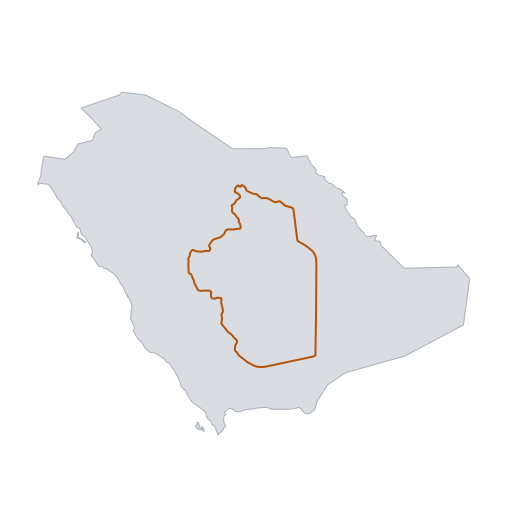 Ar Riyad highlighted on a map of Saudi Arabia, rotated 355°
{"feature_id": "SAU-1097", "entity_name": "Ar Riyad", "entity_type": "Region", "adm_level": 1, "iso_a3": "SAU", "parent_name": "Saudi Arabia", "parent_adm1": "", "projection": "albers", "projection_center": [44.266, 23.395], "detail": "fine", "context": "in_parent", "style": "outline", "palette": "amber", "viewbox_px": 512, "rotation_deg": 355, "n_neighbors": 0, "source": "natural_earth", "source_scale": "10m", "svg_char_len": 7364}
<svg xmlns="http://www.w3.org/2000/svg" viewBox="0 0 512 512"><g transform="rotate(355 256 256)"><path d="M395.4,368.7L337.4,379.6L334.2,380.5L316.2,390.5L304.1,406.4L301.3,413.9L299.8,415.1L297.3,416.6L295.0,417.7L291.5,417.6L287.2,412.0L286.1,410.8L285.1,410.7L277.2,411.7L260.8,410.3L258.0,410.0L254.4,408.1L253.5,407.7L252.5,407.6L244.0,407.6L239.8,408.2L235.7,408.0L231.5,408.3L230.0,409.0L228.3,409.0L227.3,409.6L226.4,409.9L225.3,409.4L224.0,409.5L222.1,409.0L220.8,407.8L219.6,406.7L218.4,406.1L217.0,405.7L215.8,405.7L214.3,406.3L213.4,407.0L211.0,409.1L210.9,409.9L212.0,411.1L211.6,411.7L210.2,412.5L209.8,414.5L209.6,415.6L209.4,418.3L210.0,420.4L210.8,421.2L210.8,422.1L210.3,423.8L209.1,424.4L208.1,426.1L207.5,426.9L206.5,427.8L202.5,430.8L202.3,429.0L201.1,426.4L201.0,424.6L200.4,422.7L199.3,421.3L197.3,419.8L197.2,417.8L195.7,415.8L193.8,414.1L192.8,411.2L192.0,407.2L186.9,402.0L180.6,397.1L178.7,394.4L175.7,388.8L174.2,384.5L170.0,379.4L169.9,377.5L169.3,375.1L168.4,372.5L167.8,370.4L163.8,361.3L162.4,359.8L161.3,357.8L161.0,356.2L160.7,355.4L157.7,353.8L155.1,350.0L146.9,343.7L142.8,343.0L139.7,340.7L137.4,337.8L135.0,332.9L130.7,327.5L127.2,319.9L128.5,317.3L128.5,315.4L127.4,312.1L126.3,309.6L125.5,307.2L126.3,303.9L126.7,300.1L127.5,298.1L128.1,296.0L127.6,291.5L126.4,289.1L126.6,287.5L125.2,286.7L124.2,285.0L125.4,285.0L123.3,282.6L122.6,281.2L121.9,278.0L120.9,275.5L117.8,269.7L116.4,266.3L113.0,261.7L109.3,258.3L106.9,256.7L105.8,255.3L103.8,255.2L101.8,253.2L100.3,253.0L98.4,252.6L96.3,248.8L94.6,245.3L91.6,240.6L92.5,239.4L93.5,237.6L93.2,235.0L92.7,233.3L91.5,230.1L87.3,222.2L86.2,221.0L84.3,219.6L83.3,216.1L82.9,213.1L79.9,211.5L75.1,200.4L72.3,196.4L71.2,193.8L67.9,189.4L66.4,185.2L63.0,181.1L60.4,174.3L56.0,167.3L54.1,166.1L49.2,165.3L47.2,164.6L45.2,166.0L45.1,164.1L46.6,161.7L48.9,156.4L49.5,151.8L53.4,138.0L73.8,142.9L74.8,142.7L83.1,136.6L87.9,129.5L88.9,128.8L102.8,126.6L103.2,126.3L106.3,119.8L106.6,119.4L107.0,119.0L113.1,116.0L104.0,104.4L94.6,93.3L133.2,83.9L133.8,83.7L136.7,81.2L153.4,84.6L159.8,86.0L161.9,87.1L191.9,105.5L206.8,118.6L242.1,147.2L242.6,147.3L274.4,149.9L277.8,149.2L286.6,150.1L295.4,151.2L297.2,154.5L297.8,156.8L298.5,159.1L300.2,161.1L307.6,160.9L315.3,160.5L316.4,162.6L317.0,164.6L319.1,169.5L322.1,173.2L322.9,174.6L323.4,176.7L322.9,177.5L322.7,178.4L325.0,180.4L328.6,182.1L330.0,182.5L331.6,183.2L330.4,184.5L332.6,187.2L335.1,190.0L337.7,190.5L341.4,194.7L346.9,197.3L350.2,200.9L349.9,201.0L349.0,200.6L347.8,200.2L347.4,200.7L347.5,202.2L347.9,204.0L349.7,205.5L351.2,206.6L351.8,208.7L350.9,213.3L350.5,213.3L349.7,213.0L348.8,212.9L348.4,213.2L349.5,216.5L350.6,219.0L351.9,220.9L353.0,223.8L353.9,225.0L357.5,228.0L358.6,230.6L359.8,235.4L362.1,238.0L363.4,240.1L365.1,241.8L366.2,244.2L367.7,246.0L368.5,246.4L369.7,246.5L371.1,246.5L372.8,245.9L374.6,245.4L376.0,246.3L377.5,246.0L377.7,246.9L376.7,248.2L375.7,251.2L377.4,251.6L379.1,251.8L380.3,252.2L380.9,252.2L381.0,252.8L381.2,255.7L381.7,256.7L402.5,281.1L454.8,284.5L455.2,284.4L456.4,282.5L466.9,297.3L456.6,342.7L395.4,368.7ZM185.3,423.0L186.9,423.1L186.2,422.4L186.1,422.1L186.8,421.1L189.1,423.2L189.0,425.7L188.8,426.2L188.2,425.7L187.8,425.2L187.7,424.6L187.0,424.0L184.7,424.3L183.3,423.6L181.3,421.5L180.8,420.0L181.6,419.7L182.6,419.0L183.1,417.8L182.6,416.6L183.8,416.8L184.5,418.1L184.6,421.0L184.7,421.6L184.4,422.2L185.3,423.0ZM86.7,227.8L86.1,227.8L84.8,226.2L84.1,225.1L83.3,224.3L79.5,222.6L79.1,221.6L79.7,220.7L80.0,221.7L80.7,222.3L83.8,223.8L87.2,226.9L87.8,227.2L86.7,227.8ZM80.9,220.2L80.7,220.5L79.9,219.7L80.1,218.0L80.9,217.1L80.7,218.4L81.0,219.7L80.9,220.2Z" fill="#d9dde1" stroke="#a8b0b8" stroke-width="1"/><path d="M241.9,227.5L242.4,227.4L242.7,227.3L242.9,226.9L243.1,226.5L243.2,226.0L243.2,225.4L243.2,224.6L243.0,223.3L242.8,222.5L242.5,221.9L242.0,220.9L241.8,220.3L241.9,219.7L242.1,218.7L242.0,218.0L242.0,217.9L240.5,215.9L238.7,212.9L238.2,212.3L236.6,210.7L236.3,210.3L236.1,209.9L236.0,209.4L236.0,208.9L236.4,206.1L236.4,205.1L236.2,204.1L236.3,203.6L236.7,203.1L237.1,202.8L237.6,202.7L238.4,202.5L238.6,202.4L238.9,202.1L240.4,200.0L241.1,199.1L242.0,198.3L242.5,198.0L243.0,197.7L243.9,197.3L244.4,197.1L244.8,196.8L245.0,196.4L245.2,196.1L245.2,195.8L245.2,195.7L245.3,195.4L245.2,195.0L245.1,194.6L244.9,194.1L244.7,193.6L244.3,193.2L243.9,192.7L243.1,192.0L242.2,191.4L240.9,190.9L240.8,190.6L240.6,189.8L240.6,189.4L240.6,188.9L240.7,188.5L240.9,187.8L241.2,187.1L241.7,186.2L242.2,185.5L242.8,184.9L243.1,184.7L244.3,184.3L244.7,184.6L244.8,184.7L244.8,184.8L245.1,185.1L245.5,185.4L245.9,185.6L246.3,185.6L246.8,185.4L247.2,185.2L248.0,184.0L249.9,185.3L250.8,186.1L251.1,186.6L251.4,187.1L251.9,189.0L252.2,189.6L252.7,190.2L253.1,190.6L258.7,193.8L259.6,194.1L261.1,194.2L261.5,194.3L262.0,194.5L262.4,194.8L263.6,196.3L265.5,198.1L266.4,198.7L266.8,198.9L267.6,199.0L270.9,199.1L271.8,199.3L272.6,199.6L273.9,200.3L278.8,203.7L279.3,203.9L279.8,204.0L280.2,204.1L280.7,204.1L283.6,203.5L284.1,203.6L284.6,203.7L285.0,204.0L288.3,207.1L288.9,207.9L289.3,208.3L289.7,208.6L296.1,211.0L296.3,211.2L296.6,211.5L296.9,211.8L297.1,212.2L297.2,212.7L297.4,213.4L298.5,243.0L298.7,244.0L298.8,244.4L299.1,244.8L299.5,245.2L306.7,250.2L311.9,255.2L312.8,256.2L313.6,257.6L314.6,259.5L315.1,261.1L315.5,263.8L315.5,268.7L311.0,316.6L306.5,360.3L303.8,361.2L254.9,367.2L249.5,366.9L247.5,366.4L246.4,366.0L244.9,365.3L239.1,361.6L238.7,361.4L230.5,353.8L228.5,350.4L227.3,349.0L227.0,348.5L226.8,347.8L226.8,347.2L227.6,343.4L228.0,342.6L229.3,340.7L229.4,340.3L229.6,339.8L229.6,339.7L229.6,339.3L229.6,338.9L229.5,338.4L229.2,337.9L227.5,336.0L226.2,334.4L225.6,333.3L224.5,331.9L221.4,329.2L216.1,321.1L215.9,320.6L215.7,320.2L215.7,319.7L215.8,319.3L216.6,316.1L216.7,315.1L216.5,311.4L216.6,311.0L216.7,310.5L217.0,310.1L217.6,309.3L217.9,308.9L218.1,308.4L218.2,308.0L218.3,307.5L218.3,307.1L217.3,299.7L217.3,298.7L217.9,295.5L217.9,295.4L217.6,295.1L217.2,294.8L216.7,294.7L214.3,294.2L213.9,294.2L213.4,294.3L211.0,294.9L210.5,294.9L210.0,294.9L209.2,294.6L208.7,294.3L208.3,293.9L207.8,293.1L207.7,292.5L207.7,292.0L207.8,289.7L208.1,288.7L208.2,288.3L208.1,287.9L207.9,287.4L207.3,286.9L206.8,286.7L206.3,286.5L205.4,286.3L201.0,285.9L197.8,285.9L197.1,285.8L196.6,285.6L196.2,285.4L195.7,285.1L195.4,284.8L195.1,284.4L194.9,284.1L192.3,277.8L191.8,274.6L191.6,274.1L191.1,272.9L190.1,269.4L189.7,268.7L189.3,268.3L188.9,267.9L188.1,267.5L187.9,267.3L187.7,266.9L187.5,266.5L187.5,265.1L187.7,263.0L187.7,260.9L188.0,257.2L188.4,255.5L188.5,254.7L188.5,254.1L188.2,253.4L188.2,253.2L188.2,252.9L188.3,252.5L188.6,252.0L189.6,250.8L189.6,250.7L189.9,250.1L190.2,249.1L190.2,248.4L190.6,247.5L191.9,245.5L192.2,245.2L192.8,244.8L193.2,244.6L193.7,244.5L194.1,244.6L196.3,245.8L197.1,246.1L198.6,246.5L202.2,246.9L203.2,246.9L206.1,246.5L207.0,246.6L208.6,247.0L209.0,247.0L209.4,246.9L209.9,246.7L210.3,246.3L210.8,245.7L211.1,244.9L211.1,244.3L211.0,243.8L210.5,242.9L210.3,242.4L210.2,242.0L210.3,241.4L210.6,240.8L212.5,238.3L214.4,236.3L214.9,236.0L215.4,235.8L222.1,234.2L222.9,233.8L223.4,233.5L224.5,232.5L225.9,231.5L226.3,231.1L226.7,230.5L227.4,229.0L228.0,228.3L228.3,227.9L228.6,227.7L228.9,227.5L229.3,227.3L229.7,227.2L230.2,227.1L231.1,227.1L235.4,227.6L240.1,227.3L241.9,227.5Z" fill="none" stroke="#b45309" stroke-width="2"/></g></svg>